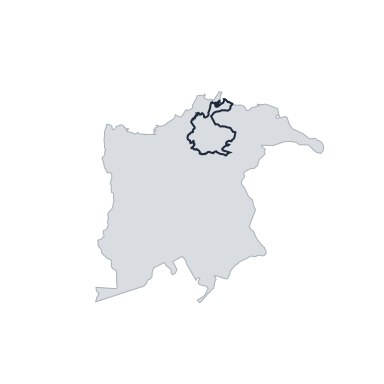 location of Antioquia within Colombia, rotated 61°
{"feature_id": "COL-1314", "entity_name": "Antioquia", "entity_type": "Department", "adm_level": 1, "iso_a3": "COL", "parent_name": "Colombia", "parent_adm1": "", "projection": "orthographic", "projection_center": [-75.909, 7.152], "detail": "fine", "context": "in_parent", "style": "outline", "palette": "slate", "viewbox_px": 384, "rotation_deg": 61, "n_neighbors": 0, "source": "natural_earth", "source_scale": "10m", "svg_char_len": 9366}
<svg xmlns="http://www.w3.org/2000/svg" viewBox="0 0 384 384"><g transform="rotate(61 192 192)"><path d="M217.7,63.9L214.2,65.4L207.4,67.2L202.8,75.1L199.6,76.4L195.6,81.1L192.8,86.8L190.7,98.5L184.9,108.4L185.3,108.8L187.7,108.3L189.9,107.2L190.7,107.6L191.5,109.3L194.2,109.7L196.4,117.7L200.5,121.7L201.0,123.3L201.5,126.6L200.1,128.6L199.7,136.0L201.0,137.8L204.1,138.5L206.2,143.0L207.4,144.1L209.3,144.8L213.8,144.0L221.9,144.7L223.8,144.6L228.3,142.9L234.0,144.8L238.3,145.1L249.9,158.7L251.1,158.3L252.6,159.0L255.5,157.6L258.0,157.3L261.3,158.0L265.6,157.9L274.3,156.3L275.6,155.5L280.3,156.2L281.8,157.2L282.5,159.8L282.0,161.4L280.3,163.0L279.4,165.1L279.3,167.6L278.5,169.4L276.9,170.7L276.4,172.4L276.7,174.7L276.0,185.1L276.7,185.9L277.3,190.2L279.3,195.7L280.3,197.2L282.0,198.5L285.1,203.0L284.4,204.6L276.6,211.8L276.2,213.5L277.7,212.8L280.2,213.4L281.0,215.1L286.9,219.9L286.8,221.8L288.5,225.5L288.2,226.4L292.3,236.9L292.5,239.1L289.1,239.8L288.9,232.7L288.5,231.3L284.6,225.0L283.8,224.5L281.3,225.3L277.0,230.0L275.0,230.8L273.4,230.1L271.8,227.4L270.8,226.9L269.8,229.3L271.1,231.3L252.3,231.6L248.6,230.8L243.6,231.9L243.5,242.6L252.4,242.7L254.9,245.7L254.7,248.2L255.1,249.1L252.9,249.6L249.8,248.0L244.3,250.1L240.2,250.6L239.9,262.4L242.4,265.3L247.1,268.4L247.8,270.6L247.5,272.6L248.6,275.1L250.2,276.4L250.2,278.0L251.0,279.6L241.4,329.5L238.1,326.5L236.9,323.8L235.3,322.7L232.2,323.6L228.8,322.2L239.8,305.3L239.4,303.8L230.3,299.8L229.4,298.7L225.0,296.6L222.6,297.2L221.3,298.3L218.0,298.7L215.3,296.9L212.1,295.8L208.2,298.7L207.1,298.7L204.4,299.9L201.4,300.4L197.6,299.2L194.5,300.1L192.4,299.9L191.6,299.0L188.9,298.0L188.6,296.9L189.3,294.8L188.2,290.7L187.7,290.0L185.7,290.0L183.2,288.5L182.7,287.6L183.3,285.9L182.8,284.5L180.4,281.2L177.1,280.4L174.0,277.6L170.8,276.7L169.3,274.7L168.0,270.3L164.7,266.8L162.4,265.6L161.6,264.0L159.2,263.8L156.0,261.6L154.6,261.4L153.6,262.5L150.6,261.4L148.0,259.7L145.4,259.3L143.7,258.3L140.6,255.1L137.2,253.5L135.3,254.1L134.6,256.4L133.5,256.9L129.6,256.3L129.0,256.8L127.9,256.7L123.2,254.9L118.5,254.2L117.3,250.2L114.3,248.8L113.4,246.9L111.3,247.1L103.3,243.4L100.0,240.9L97.2,239.5L94.3,236.6L93.8,235.5L91.5,233.8L92.7,231.7L95.4,230.1L99.0,231.4L99.4,228.9L98.1,226.7L98.7,221.7L99.7,220.6L101.6,219.6L102.9,220.0L103.6,219.2L106.6,219.6L107.4,219.3L109.7,217.3L110.6,215.7L111.6,215.8L114.0,213.2L113.6,210.5L115.9,209.9L118.2,205.5L119.2,205.4L119.8,203.3L123.9,196.1L122.4,196.9L120.8,196.4L121.0,193.9L120.5,193.6L119.2,195.5L118.1,193.6L118.4,190.5L116.5,191.1L116.6,190.4L119.3,188.0L120.4,182.7L119.6,180.7L119.0,172.7L118.5,171.1L116.4,169.1L119.8,166.8L121.1,165.1L119.5,161.5L117.5,158.5L117.4,156.7L118.6,156.9L119.1,151.9L118.0,150.0L116.6,149.9L112.0,142.5L110.4,141.0L111.6,137.5L113.0,135.9L112.7,133.2L113.6,133.4L115.6,135.8L116.4,135.4L119.5,133.1L119.6,131.0L122.1,128.7L118.6,121.2L117.4,120.0L118.9,117.6L119.7,117.7L121.0,120.1L123.2,121.6L126.3,125.8L127.7,126.8L126.7,127.7L126.5,128.7L127.0,129.3L128.8,129.4L129.5,128.2L129.0,123.1L128.3,120.6L126.6,118.8L127.1,118.0L130.4,116.8L137.2,111.9L139.5,107.3L141.3,105.6L143.3,104.6L145.7,104.8L147.6,104.2L148.2,102.8L147.0,99.6L148.4,95.2L148.3,93.0L149.3,91.7L148.9,91.2L146.5,92.7L149.0,89.7L150.8,85.0L160.5,76.7L166.9,78.7L168.9,78.6L166.3,79.6L165.9,80.8L166.8,82.0L167.8,82.4L168.6,81.6L170.7,76.8L171.0,74.1L171.9,73.2L173.3,72.8L179.5,74.0L185.4,73.5L195.0,66.6L202.2,63.6L203.9,60.8L204.4,58.6L205.7,57.8L207.0,57.8L207.9,56.6L211.1,54.7L214.7,54.5L218.5,56.1L220.2,58.9L220.6,60.8L217.7,63.9ZM106.7,218.7L106.2,219.1L105.4,218.4L105.1,217.6L105.6,217.0L106.3,217.2L106.7,218.7Z" fill="#d9dde1" stroke="#a8b0b8" stroke-width="1"/><path d="M125.5,124.0L125.8,123.8L126.0,124.0L126.0,124.3L125.9,124.3L125.8,124.2L125.8,124.6L125.9,124.9L126.1,125.0L126.3,124.9L126.3,125.2L126.6,125.0L126.5,125.4L126.5,125.7L126.1,125.5L126.2,126.1L126.6,126.4L127.0,126.3L127.0,126.0L128.0,126.0L127.9,126.3L127.8,126.5L128.1,126.6L127.6,126.9L127.6,127.0L127.8,127.1L128.0,127.2L127.9,127.4L127.8,127.2L127.5,127.2L127.6,127.4L127.9,127.6L128.0,127.8L127.6,127.6L127.2,127.5L126.8,127.5L126.6,127.8L126.4,128.9L126.8,129.4L127.7,129.7L128.7,129.8L129.1,129.6L129.3,129.5L129.4,129.4L129.4,128.9L129.6,128.6L129.6,128.4L129.7,127.4L129.7,127.0L129.5,126.6L129.4,126.8L129.5,127.0L129.4,127.0L129.3,126.8L129.2,126.4L129.2,126.0L129.4,125.4L129.4,125.1L129.2,124.5L129.1,124.0L129.1,121.7L129.0,121.4L128.5,121.1L128.4,120.9L128.4,120.6L128.3,120.3L127.9,120.0L127.4,119.6L126.8,119.3L126.4,119.3L126.2,119.2L126.4,118.8L126.8,118.3L127.0,118.0L128.7,117.5L129.1,117.4L130.7,117.0L130.9,116.9L131.0,116.7L131.0,116.4L131.1,116.2L131.1,115.9L131.4,115.8L132.5,115.4L133.5,114.5L134.4,113.9L135.0,114.4L135.1,114.7L135.3,116.0L135.7,116.6L136.0,117.1L136.3,117.3L137.2,117.6L137.4,117.9L138.0,118.7L138.2,120.1L138.2,120.8L138.1,121.5L137.3,122.5L136.5,123.6L135.6,125.3L135.1,126.1L134.8,126.6L134.9,128.2L134.8,128.6L134.6,129.4L134.0,130.4L133.4,132.6L133.4,134.2L133.5,134.9L134.6,137.2L135.0,138.6L141.2,138.7L143.9,138.8L144.1,138.8L144.3,138.7L144.3,138.2L145.5,136.6L146.0,136.3L146.6,136.1L147.5,135.9L148.1,135.6L148.5,135.4L148.9,134.8L149.2,133.4L149.4,133.2L149.7,132.9L150.1,132.6L150.6,131.5L150.9,131.2L151.7,130.6L152.2,130.2L152.8,129.4L153.8,128.4L154.4,127.5L154.6,127.4L155.0,127.3L156.3,127.2L156.6,127.2L156.9,127.3L157.1,127.3L157.4,127.2L157.6,127.1L157.9,127.0L158.2,127.0L159.1,127.1L159.6,126.4L160.0,125.7L160.3,125.4L160.6,125.2L160.9,125.1L164.7,128.3L165.0,128.8L165.3,129.2L165.5,129.4L165.7,129.9L165.9,131.6L166.0,132.0L166.2,132.4L166.6,132.6L166.7,132.8L166.6,133.1L166.4,133.6L166.1,133.9L165.7,134.1L165.4,134.4L165.2,134.8L165.0,136.2L165.0,136.7L165.0,137.1L165.4,137.8L165.9,138.5L166.3,138.8L166.6,138.9L166.9,138.9L167.3,138.5L167.5,138.3L167.8,137.6L168.0,137.3L168.6,136.7L168.9,137.7L168.8,138.1L168.7,138.3L168.2,138.9L168.1,139.1L168.0,139.5L168.1,139.9L168.1,140.6L168.0,141.1L168.0,141.5L168.1,142.0L168.4,142.7L168.5,143.2L168.7,143.7L168.8,144.4L169.0,144.7L169.4,144.8L169.7,144.9L170.2,144.8L170.5,144.9L175.8,139.8L175.7,140.6L175.8,142.7L175.9,143.1L176.3,143.6L176.4,143.8L176.5,144.5L176.3,144.9L175.9,145.2L174.5,145.9L174.4,146.0L174.3,146.3L173.6,147.0L173.1,148.0L172.9,148.3L169.8,150.6L169.2,150.9L168.6,151.0L168.3,151.0L167.9,152.0L168.0,153.6L168.0,153.8L168.3,154.1L168.4,154.4L168.4,154.6L168.2,154.8L167.9,154.7L167.1,155.9L166.7,156.4L165.7,157.1L165.3,157.4L165.1,157.9L165.0,158.6L164.8,159.0L164.7,159.2L164.7,159.4L164.8,159.6L165.1,159.9L165.2,160.1L165.2,160.4L165.2,161.1L165.2,161.4L165.2,161.6L164.7,161.8L164.7,162.1L165.0,162.8L164.9,162.9L164.7,163.0L164.3,163.5L164.2,163.7L164.0,164.8L163.8,165.2L163.6,165.3L163.4,165.1L163.1,165.2L162.9,165.2L162.7,165.7L162.7,166.1L162.4,166.4L161.9,166.6L161.7,166.5L161.1,166.1L160.8,165.8L160.4,165.7L159.4,165.9L158.4,166.2L158.1,166.7L157.9,166.8L157.3,167.1L156.7,167.1L156.7,167.6L156.7,168.2L156.6,168.4L156.0,169.0L155.9,169.3L155.4,169.3L155.2,169.4L154.7,169.7L154.4,169.9L153.8,170.8L153.7,170.9L153.4,170.2L153.0,170.4L153.0,169.8L153.0,169.5L152.6,168.3L152.5,168.2L152.2,168.0L152.0,167.8L152.0,167.6L152.0,167.1L151.9,166.9L151.6,166.8L151.4,166.6L151.2,166.5L150.4,166.9L150.2,167.0L150.1,166.9L149.5,166.7L149.3,166.5L149.2,166.3L149.0,166.1L148.8,166.1L148.3,165.9L148.1,165.9L148.1,166.4L148.2,166.7L148.4,166.7L148.3,167.2L148.3,167.5L148.6,168.4L148.6,168.7L148.6,169.1L148.5,169.5L148.1,169.3L147.7,169.4L147.4,169.3L147.0,169.3L146.9,169.3L146.7,169.1L146.3,168.8L146.0,168.8L144.9,169.6L144.1,170.0L143.7,170.0L142.9,169.9L142.4,169.7L142.0,169.4L141.7,169.1L141.5,168.7L141.0,168.5L140.4,167.8L140.3,167.7L140.1,167.4L140.1,167.1L140.3,166.4L140.3,166.0L139.7,165.0L139.5,164.2L139.5,163.8L140.0,162.6L139.9,161.9L139.4,161.7L139.0,161.7L138.6,161.5L138.1,160.9L137.7,159.9L137.6,158.9L137.4,158.6L137.1,158.4L136.6,158.3L135.9,158.3L135.3,158.4L134.8,158.5L133.0,158.6L132.3,158.8L131.0,158.8L130.6,158.8L130.2,158.7L129.9,158.5L129.8,158.3L129.7,158.0L129.5,157.7L129.1,157.2L129.0,156.7L128.7,156.6L128.5,156.2L128.5,155.9L128.6,155.6L128.8,155.5L128.5,155.3L128.7,155.1L128.7,154.9L128.4,154.4L128.7,154.4L128.8,154.2L128.5,154.1L128.6,153.8L128.7,153.6L128.7,153.4L128.3,153.0L128.1,153.0L128.0,152.9L127.8,152.7L127.6,152.5L127.7,152.2L127.4,151.8L127.2,151.7L127.0,151.8L126.9,151.6L126.9,151.3L127.1,151.0L127.3,151.1L127.4,150.8L127.0,150.7L126.9,150.7L126.7,150.5L126.8,150.3L126.9,150.0L126.6,150.1L126.5,150.3L126.3,150.3L126.2,150.2L126.1,149.8L125.7,149.8L126.0,149.4L126.0,149.2L125.8,149.0L125.7,148.8L125.7,148.2L126.4,147.8L126.6,147.8L127.2,147.4L127.9,147.5L128.1,147.5L128.1,147.3L128.3,147.2L128.5,147.0L128.6,146.7L128.5,146.1L128.4,145.8L128.3,145.6L128.1,145.4L127.9,145.1L128.0,144.9L128.3,144.7L128.6,144.6L129.1,144.5L130.1,144.4L130.5,144.4L131.8,144.8L132.3,145.0L132.7,145.0L133.3,144.1L133.4,143.6L133.3,141.8L133.0,140.8L132.8,140.4L131.9,139.7L131.6,139.6L131.1,139.5L130.6,139.3L130.3,139.0L129.0,137.3L127.3,135.5L125.6,134.3L123.5,132.3L123.2,131.9L123.3,131.8L123.4,131.6L123.3,130.9L123.7,131.0L124.1,130.7L124.4,130.4L124.7,130.2L124.9,130.0L125.2,128.3L125.3,128.0L125.5,127.9L125.8,127.7L125.8,127.4L125.9,127.2L126.0,126.8L125.9,125.5L125.7,124.9L125.5,124.0Z" fill="none" stroke="#1e293b" stroke-width="2"/></g></svg>